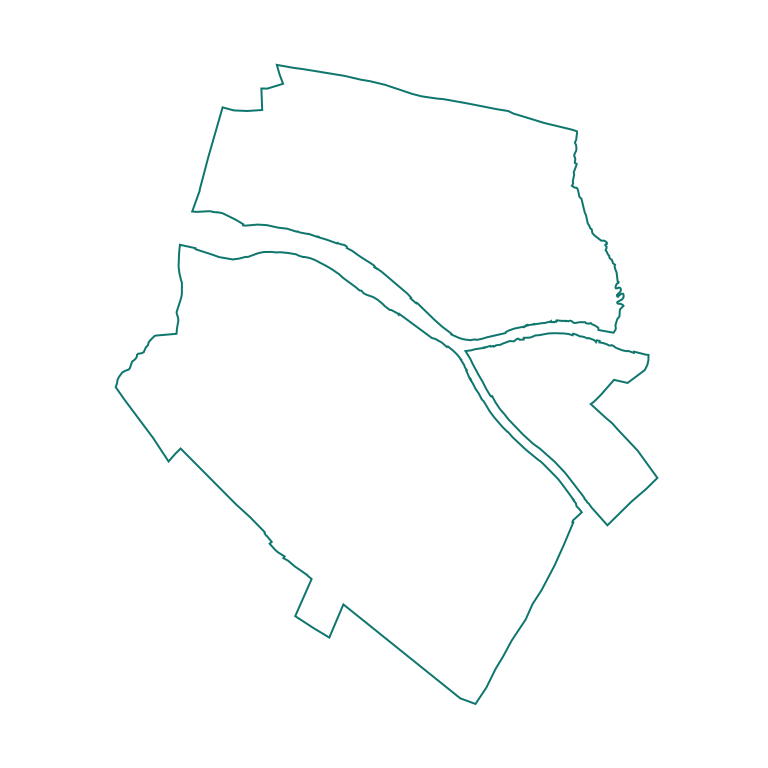 outline of Kota Pontianak, Kalimantan Barat, Indonesia, rotated 357°
{"feature_id": "22746128B68403360613456", "entity_name": "Kota Pontianak", "entity_type": "district", "adm_level": 2, "iso_a3": "IDN", "parent_name": "Indonesia", "parent_adm1": "Kalimantan Barat", "projection": "albers", "projection_center": [109.343, -0.03], "detail": "fine", "context": "isolated", "style": "outline", "palette": "teal", "viewbox_px": 768, "rotation_deg": 357, "n_neighbors": 0, "source": "geoboundaries", "source_scale": "gbopen_adm2", "svg_char_len": 6142}
<svg xmlns="http://www.w3.org/2000/svg" viewBox="0 0 768 768"><g transform="rotate(357 384 384)"><path d="M565.8,532.1L564.9,531.7L565.6,530.1L574.8,522.5L572.5,519.1L569.9,516.2L569.3,513.0L567.3,510.3L567.6,510.0L566.8,508.7L566.5,508.8L565.3,506.6L556.7,493.5L552.8,487.9L550.9,485.7L538.2,471.4L535.5,468.8L534.5,468.2L522.5,457.3L509.8,444.1L505.5,438.6L504.6,438.1L499.9,432.9L491.9,422.5L487.9,416.4L482.8,406.7L480.8,404.4L478.1,398.4L475.0,393.3L472.7,388.0L471.0,385.2L471.3,384.8L470.5,383.1L470.0,383.4L466.8,374.8L467.4,374.5L465.6,371.6L465.1,369.4L461.9,363.6L462.2,363.5L458.6,358.4L454.1,353.6L449.7,349.8L448.8,350.4L444.1,345.8L437.3,341.5L434.4,340.7L402.9,314.8L402.4,315.7L401.4,314.3L395.2,310.5L393.7,310.4L389.0,306.4L386.5,303.6L382.0,299.5L377.9,296.7L371.3,294.0L368.3,292.2L366.3,289.6L364.8,289.4L363.9,288.8L361.2,286.1L348.7,275.9L345.0,272.1L338.0,266.7L332.2,262.9L321.2,256.4L316.4,254.3L311.8,253.1L309.6,252.9L305.7,251.4L303.0,249.9L295.3,248.2L287.7,247.0L282.7,246.9L278.3,246.2L270.8,245.9L265.1,246.8L255.1,249.9L252.0,249.9L245.7,251.2L239.5,251.7L225.8,248.6L220.2,246.2L202.8,239.5L202.8,238.5L187.5,234.3L186.3,242.1L185.0,255.6L185.5,262.7L186.8,270.0L187.5,272.1L186.8,283.9L185.9,287.5L180.7,301.2L180.7,302.7L181.9,307.4L182.0,309.7L180.2,317.6L179.4,323.0L158.8,323.7L157.4,324.0L152.8,328.2L151.2,330.0L150.2,333.0L148.1,335.0L145.7,339.7L143.0,340.7L140.2,340.9L138.9,341.9L138.6,343.7L137.6,345.4L136.0,346.9L133.6,348.5L131.0,355.0L129.6,356.3L126.2,357.3L123.2,358.8L119.6,363.2L118.2,365.7L117.3,369.8L115.9,373.1L124.3,386.5L150.6,425.8L164.8,450.1L171.8,442.9L177.5,437.8L229.7,496.2L243.5,510.2L257.2,525.8L256.9,526.9L258.6,529.5L259.2,529.8L263.6,535.8L261.4,537.5L266.8,544.1L269.3,546.5L275.7,551.0L274.4,552.6L278.9,555.4L285.1,561.3L297.5,570.9L297.4,571.2L301.5,575.0L283.2,611.2L300.9,624.1L316.1,634.4L331.9,602.0L443.7,701.9L458.6,708.3L470.3,692.6L480.8,673.9L488.4,662.8L498.0,647.0L513.2,626.5L520.8,611.6L530.5,598.2L544.8,574.2L555.3,553.8L565.8,532.1ZM589.9,141.8L585.8,140.1L557.6,131.7L527.4,120.7L522.3,117.9L511.1,115.5L482.5,108.3L458.6,102.7L451.6,101.7L436.2,98.6L427.2,95.7L400.5,85.2L385.2,80.7L377.2,79.0L361.0,74.3L319.1,65.2L310.4,63.6L293.7,59.7L295.8,69.0L298.9,78.9L283.0,82.9L277.0,82.5L276.7,104.0L261.6,104.2L248.2,102.9L237.3,99.3L220.4,148.3L210.2,180.1L210.2,181.0L201.5,201.7L205.6,202.3L218.8,202.3L221.7,202.9L221.9,203.2L226.3,203.9L226.4,203.7L231.7,205.0L244.9,212.4L251.8,217.1L251.5,218.2L254.0,218.6L266.0,218.2L275.2,219.2L286.8,222.4L295.3,223.8L303.8,227.0L305.3,227.4L305.5,227.1L308.0,228.3L315.8,230.2L316.3,230.0L323.3,232.9L325.7,233.4L325.4,233.7L334.1,236.8L344.6,241.2L344.9,240.7L348.1,242.2L351.7,243.1L354.0,244.8L354.0,246.3L358.8,249.1L366.5,255.2L379.6,264.6L381.0,266.1L380.4,266.9L382.6,268.4L382.8,268.1L388.1,272.3L412.1,295.0L415.6,299.2L415.0,299.9L420.4,305.1L420.8,304.6L421.7,305.2L437.7,322.5L445.5,330.2L453.0,336.4L454.2,337.7L453.9,338.1L461.5,342.0L465.6,343.5L472.6,344.8L476.7,344.2L477.8,344.6L479.8,344.7L483.7,344.1L489.5,342.7L508.0,339.5L508.3,338.6L510.7,337.4L516.9,335.5L526.2,334.1L526.5,334.6L527.3,334.4L527.5,333.8L528.9,333.5L528.9,332.8L530.5,332.4L530.8,333.1L531.9,332.7L536.5,332.3L536.5,332.0L537.2,331.9L537.2,332.3L545.1,331.5L547.9,331.5L552.9,330.4L553.2,330.8L554.0,330.2L554.0,330.8L556.8,331.2L556.8,330.9L559.1,330.9L559.1,330.3L559.9,330.1L559.9,329.5L565.8,330.4L566.6,330.2L568.1,330.7L568.5,330.4L569.2,330.8L570.2,330.6L571.4,331.0L573.1,330.5L574.7,331.0L576.4,332.7L578.0,333.1L582.9,332.5L586.9,332.8L588.2,332.9L589.0,333.9L591.6,334.5L593.7,334.0L594.8,335.2L598.1,336.9L600.9,339.0L601.0,341.3L615.9,344.8L617.9,342.1L618.4,340.6L618.2,337.4L620.0,332.3L620.8,330.8L622.4,329.3L622.9,327.6L623.1,324.3L623.6,321.8L627.3,318.5L626.9,317.9L625.7,317.0L624.5,316.3L622.5,316.2L621.6,315.8L621.1,315.1L621.5,314.2L626.3,312.0L627.7,310.0L627.9,308.9L627.8,307.0L627.4,306.4L626.1,306.2L623.3,307.9L622.2,309.2L621.6,308.8L621.2,307.8L621.6,306.9L624.5,304.5L625.4,303.0L625.5,301.7L624.9,300.4L623.7,300.0L622.1,300.6L620.8,300.7L620.3,300.2L620.3,299.1L621.2,296.9L622.4,295.6L623.2,295.5L623.5,295.0L623.5,294.2L622.7,293.8L622.1,284.7L620.8,281.0L620.4,278.5L621.0,277.0L619.0,275.5L618.1,272.1L616.4,270.6L615.7,269.6L615.6,267.8L614.3,266.1L613.4,263.6L612.3,262.0L613.2,260.2L613.5,258.6L612.4,257.4L612.3,256.4L613.9,255.8L614.0,254.6L612.8,253.3L611.3,252.4L608.4,252.2L601.9,246.6L600.0,244.2L599.5,240.4L598.2,239.4L597.3,236.7L595.9,234.4L594.5,225.8L593.4,223.1L590.9,209.4L589.2,207.6L588.7,206.2L588.1,201.6L587.4,199.2L586.6,198.1L585.0,198.0L582.0,196.0L583.4,193.6L583.1,191.8L584.9,184.6L584.5,182.7L587.9,174.8L587.8,174.1L586.3,173.4L586.1,172.6L586.8,169.4L586.5,167.7L585.9,166.2L586.0,165.0L588.2,160.9L588.5,158.6L588.3,155.5L587.3,152.9L588.7,150.2L590.0,142.8L589.9,141.8ZM649.7,368.8L647.4,368.5L635.4,364.8L635.2,366.0L629.5,363.7L628.1,364.0L623.4,362.7L617.3,359.9L615.2,358.0L613.4,357.1L612.3,357.5L610.5,357.2L609.0,356.2L605.2,354.6L601.3,353.7L601.8,352.5L601.5,352.2L598.7,351.5L597.9,353.2L597.4,352.3L595.7,350.9L590.8,348.8L589.9,349.2L586.4,347.6L583.7,346.8L582.6,346.9L578.3,344.6L575.5,343.7L574.9,345.2L570.8,343.7L565.8,342.9L557.3,342.2L551.0,342.1L541.1,343.4L537.8,343.4L533.5,345.0L531.5,345.3L526.0,345.2L525.9,346.9L521.7,346.9L520.5,345.7L519.0,346.0L515.9,348.2L511.8,347.7L504.6,349.9L502.4,350.9L498.0,351.2L496.8,351.9L495.1,351.8L495.1,352.2L494.5,351.9L492.5,352.2L492.0,351.5L486.8,352.9L486.8,352.6L485.4,352.8L485.5,353.2L476.9,354.0L473.0,354.9L467.1,355.4L471.4,363.2L473.6,368.6L479.2,380.4L482.5,386.7L485.9,394.4L489.3,400.8L490.4,402.1L491.3,401.7L494.6,408.6L498.4,415.0L502.7,420.5L506.5,425.9L520.2,441.8L529.8,451.5L536.4,456.8L550.5,470.7L560.4,482.4L576.7,506.0L578.3,508.6L578.2,509.2L579.8,511.0L581.0,513.1L582.2,514.1L584.8,518.2L599.7,536.8L625.1,514.3L640.6,502.3L652.1,492.1L633.8,463.8L615.2,441.9L609.8,435.1L604.1,429.8L589.4,414.9L593.0,412.5L600.1,406.1L613.9,391.9L627.3,395.7L645.1,383.8L648.0,378.7L649.3,374.0L649.7,368.8Z" fill="none" stroke="#0f766e" stroke-width="2"/></g></svg>